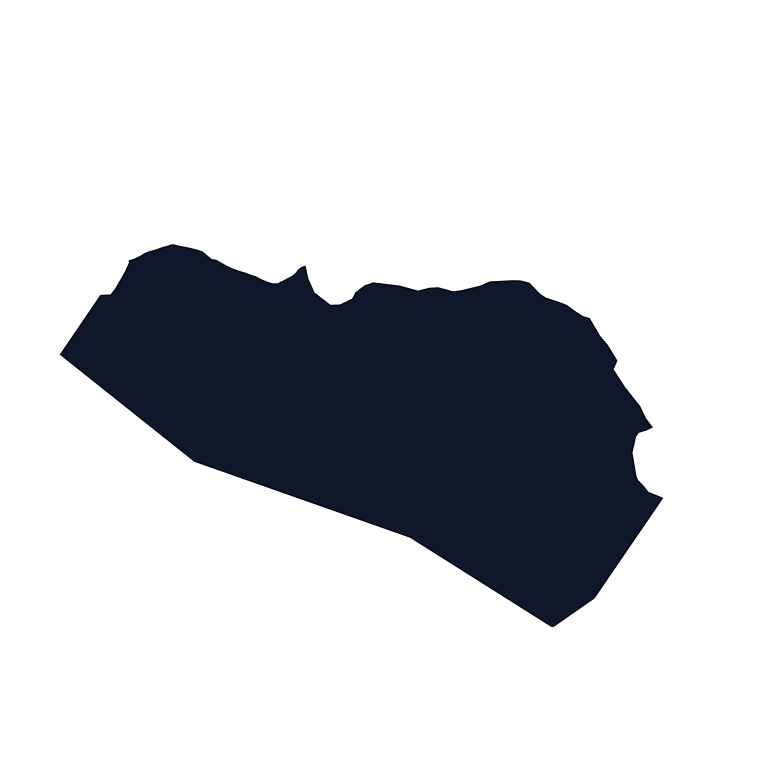 outline of Ti Colon, Anse-la-Raye, Saint Lucia, rotated 298°
{"feature_id": "8701671B77297874442969", "entity_name": "Ti Colon", "entity_type": "district", "adm_level": 2, "iso_a3": "LCA", "parent_name": "Saint Lucia", "parent_adm1": "Anse-la-Raye", "projection": "equal_earth", "projection_center": [-61.001, 13.971], "detail": "fine", "context": "isolated", "style": "filled", "palette": "ink", "viewbox_px": 768, "rotation_deg": 298, "n_neighbors": 0, "source": "geoboundaries", "source_scale": "gbopen_adm2", "svg_char_len": 1404}
<svg xmlns="http://www.w3.org/2000/svg" viewBox="0 0 768 768"><g transform="rotate(298 384 384)"><path d="M258.3,84.7L227.0,253.1L261.2,479.0L248.8,645.7L249.1,646.3L249.8,647.4L293.8,669.9L362.9,677.6L413.7,683.3L412.7,673.1L412.2,668.0L415.5,660.4L417.9,652.8L420.7,649.6L428.0,644.0L439.6,635.0L455.7,630.6L460.9,631.2L466.5,636.9L471.7,640.7L476.0,631.2L479.5,626.4L484.0,620.4L493.7,598.3L494.4,596.9L504.3,579.1L513.7,578.5L514.4,577.4L522.7,563.3L527.4,551.8L538.0,534.5L536.6,527.9L537.2,520.3L538.2,513.0L538.9,508.5L538.0,500.6L535.8,487.9L535.5,486.1L535.8,483.7L536.3,478.9L538.3,473.1L541.0,464.9L538.9,456.2L535.9,450.1L523.8,429.9L515.3,423.1L502.8,409.0L497.7,402.2L494.2,386.7L489.7,379.3L481.7,370.5L477.7,352.3L468.1,327.3L461.6,321.2L451.6,316.5L444.1,316.5L433.0,308.4L428.0,299.6L431.5,279.4L441.0,267.2L450.6,259.1L447.6,256.4L444.0,255.0L440.9,254.7L436.1,252.8L433.6,251.1L431.4,249.5L428.0,247.4L425.3,245.2L422.5,243.5L420.0,239.0L418.9,233.5L418.3,227.4L418.2,220.5L417.2,214.5L416.3,208.3L415.0,202.0L414.1,195.1L413.9,188.8L414.2,178.1L412.7,173.1L415.1,161.4L413.8,154.3L411.6,146.0L409.4,139.0L408.5,135.8L407.9,132.8L406.6,130.9L404.4,129.0L400.3,124.5L395.4,120.2L390.6,115.0L386.8,111.8L382.2,109.1L376.8,105.1L373.7,102.1L373.1,101.5L371.7,102.6L361.8,103.2L342.2,102.6L334.2,101.2L329.1,92.4L258.3,84.7Z" fill="#0f172a" stroke="#020617" stroke-width="1.5"/></g></svg>